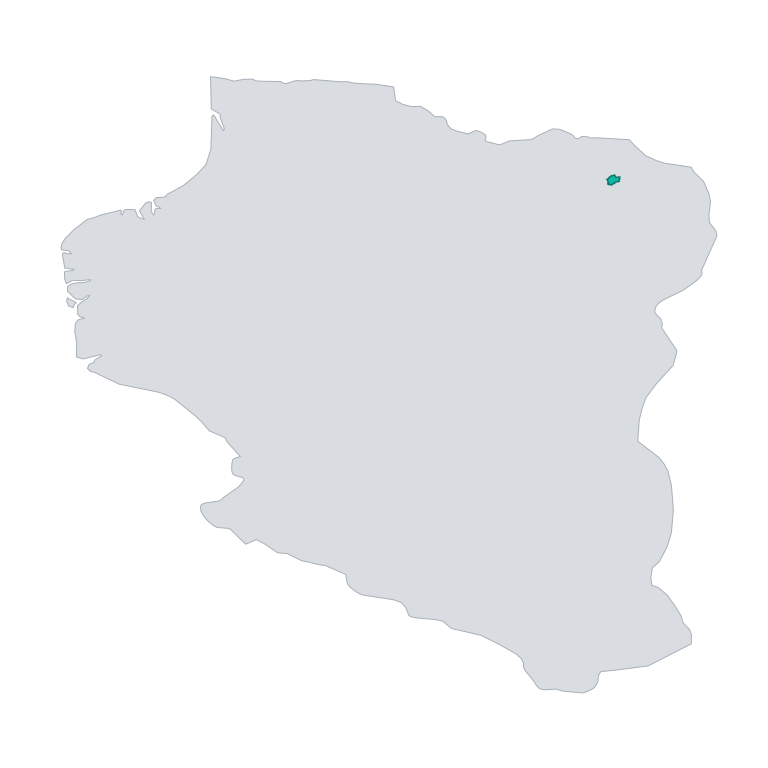 Aleiro, Kebbi, Nigeria (highlighted), rotated 92°
{"feature_id": "59680162B45442733436767", "entity_name": "Aleiro", "entity_type": "district", "adm_level": 2, "iso_a3": "NGA", "parent_name": "Nigeria", "parent_adm1": "Kebbi", "projection": "equal_earth", "projection_center": [4.44, 12.319], "detail": "fine", "context": "in_parent", "style": "filled", "palette": "teal", "viewbox_px": 768, "rotation_deg": 92, "n_neighbors": 0, "source": "geoboundaries", "source_scale": "gbopen_adm2", "svg_char_len": 4717}
<svg xmlns="http://www.w3.org/2000/svg" viewBox="0 0 768 768"><g transform="rotate(92 384 384)"><path d="M632.9,67.8L656.5,110.2L661.8,141.9L663.9,157.4L667.7,159.3L674.9,160.1L680.2,163.2L683.4,168.4L685.4,173.2L685.8,176.1L684.6,195.1L682.9,201.9L684.0,211.3L683.7,215.3L683.0,218.0L679.8,221.2L675.4,224.2L665.1,233.3L662.1,234.6L657.7,234.9L653.9,237.1L649.5,242.0L640.0,260.2L631.8,278.4L626.0,308.0L618.8,317.2L617.5,325.4L616.6,343.9L615.5,349.5L614.3,351.1L606.4,354.6L601.9,358.9L599.2,367.2L596.0,395.7L594.8,400.4L592.2,405.4L588.2,410.7L584.7,413.7L575.7,415.6L567.2,437.0L567.1,440.8L563.4,460.3L556.8,475.0L556.4,484.4L548.2,497.4L543.9,506.2L548.4,515.4L548.8,516.9L534.5,532.4L533.7,534.8L533.2,545.6L532.0,548.5L529.4,552.4L525.6,556.8L521.7,560.1L517.3,562.5L513.0,563.3L510.6,562.0L509.2,558.7L506.8,545.5L505.5,542.7L502.7,540.1L491.7,525.6L485.0,520.5L483.5,520.9L482.4,522.3L480.6,529.6L478.7,532.3L475.2,533.2L469.1,533.3L464.6,532.3L463.6,530.8L461.4,525.1L447.8,538.3L443.0,541.3L437.0,556.9L428.4,564.7L422.4,571.5L406.5,592.7L403.4,599.0L400.2,608.4L393.5,648.4L382.6,673.5L381.1,678.8L380.5,678.6L379.0,680.9L374.7,679.4L372.8,674.8L370.2,674.0L365.6,667.2L364.6,668.3L369.5,685.6L367.7,692.3L354.2,692.5L342.6,694.8L334.6,694.6L330.6,692.1L328.8,685.6L328.2,686.3L327.8,689.8L325.2,692.5L316.3,693.0L312.3,688.6L309.1,683.7L305.7,681.5L306.2,683.5L310.2,688.4L309.7,695.3L302.5,703.4L297.9,703.8L295.1,700.3L293.6,694.7L292.9,686.3L291.0,680.9L289.9,680.9L291.2,689.9L291.3,698.4L294.7,705.0L289.4,707.0L283.1,707.3L282.3,704.8L281.5,699.4L280.4,697.9L279.1,707.2L266.1,709.8L264.3,709.4L263.9,707.7L264.9,705.1L264.7,701.0L261.8,704.2L261.3,710.6L259.7,711.6L254.7,710.7L249.3,707.4L240.6,699.3L229.8,686.2L228.1,680.3L225.0,673.0L219.4,653.1L220.4,652.2L222.9,653.3L224.1,651.4L219.6,650.0L218.7,648.6L218.4,644.2L218.6,638.8L225.4,636.0L226.9,632.7L227.8,629.4L219.5,634.4L211.7,628.8L210.0,625.4L210.8,622.7L219.9,622.6L223.1,620.0L221.1,619.1L217.7,619.2L216.4,617.5L216.5,613.4L215.4,614.3L213.9,618.0L208.6,620.6L205.6,618.0L205.2,612.0L204.6,609.3L202.0,607.3L192.8,591.6L181.2,578.5L170.9,569.5L155.3,565.2L122.8,565.3L121.0,564.1L123.0,562.0L125.8,560.6L136.3,553.3L134.5,552.4L123.6,556.9L119.9,557.4L115.1,566.2L83.1,568.1L83.2,564.0L84.6,552.5L86.6,544.6L84.4,534.9L83.9,526.2L85.2,523.5L85.7,520.2L85.4,497.8L87.1,494.5L87.2,492.2L83.8,482.6L83.9,475.3L83.3,468.2L82.2,465.0L83.5,437.7L83.1,430.9L84.2,426.1L84.7,414.4L84.7,402.8L86.8,384.7L100.5,382.3L103.9,375.1L105.8,366.1L105.2,357.1L109.6,349.3L115.0,342.4L114.8,334.8L116.3,332.5L118.8,330.7L122.5,329.8L126.6,326.0L128.9,319.4L131.1,308.8L127.6,301.4L127.6,299.8L129.0,295.8L131.1,291.8L132.8,290.5L136.8,291.6L138.1,290.0L140.7,278.3L140.4,275.1L136.7,267.3L134.7,246.1L133.6,243.3L130.8,239.5L123.2,224.6L123.3,217.5L126.5,208.5L128.6,204.1L131.5,201.7L132.1,199.6L131.3,197.1L129.8,195.2L129.5,191.2L130.9,185.5L130.5,179.3L131.3,147.5L137.5,141.2L146.5,130.8L151.1,120.0L153.5,111.8L156.6,84.5L161.4,81.6L170.4,71.7L182.6,65.9L190.6,64.1L204.6,65.2L211.7,64.2L217.7,58.9L220.4,57.3L224.3,56.4L259.2,70.6L262.3,69.9L265.0,70.9L269.3,74.7L279.6,87.8L290.5,108.3L293.9,112.6L297.2,115.0L300.7,115.9L303.3,115.6L305.7,113.6L309.1,109.7L314.2,108.0L318.4,108.3L340.1,92.7L342.2,92.5L355.5,95.8L373.8,111.5L388.7,121.8L399.2,125.2L411.5,127.7L432.4,128.4L448.0,106.4L453.8,101.6L460.8,97.3L475.5,93.2L499.8,90.4L522.6,91.6L536.8,95.4L551.9,102.6L558.4,109.4L568.5,110.6L575.8,109.2L578.1,102.4L585.3,93.4L596.1,85.1L604.9,79.3L612.2,76.7L618.7,70.1L623.8,68.0L632.9,67.8ZM317.1,701.9L312.2,704.0L309.0,703.5L313.4,694.4L315.6,696.4L318.5,697.2L317.1,701.9Z" fill="#d9dde1" stroke="#a8b0b8" stroke-width="1"/><path d="M167.3,160.6L167.2,160.7L167.1,160.8L167.2,161.4L167.7,162.4L167.9,163.0L168.0,163.5L167.9,163.6L167.9,163.8L167.9,164.0L168.7,164.8L168.8,165.0L169.0,165.2L169.1,165.4L169.3,165.7L169.3,165.8L169.5,166.0L169.8,166.4L170.1,166.5L170.3,166.5L170.5,166.6L170.7,166.8L170.8,166.8L171.0,166.9L171.7,168.3L172.0,167.9L173.7,167.3L175.7,167.2L175.9,167.2L175.6,166.8L175.6,166.7L175.4,166.5L175.4,166.4L175.5,166.1L176.6,166.4L176.8,166.4L176.9,165.2L176.9,164.6L177.0,164.2L177.2,163.8L177.0,163.3L176.8,163.0L176.2,163.0L176.0,162.2L175.7,160.9L175.3,160.4L174.5,160.6L174.2,160.3L174.0,159.9L173.8,157.4L173.1,155.9L172.9,156.0L172.6,156.3L172.3,156.3L172.1,156.3L172.0,156.2L171.7,156.0L171.6,155.9L171.4,155.9L171.2,155.8L171.1,155.7L170.9,155.5L170.7,155.4L170.5,155.5L170.4,155.7L170.3,155.8L170.1,155.8L169.9,155.7L169.6,155.6L169.3,155.6L169.1,155.6L168.9,155.6L169.0,157.2L169.2,158.2L169.5,159.5L169.2,159.9L168.4,160.3L167.3,160.6Z" fill="#14b8a6" stroke="#0f766e" stroke-width="1.5"/></g></svg>